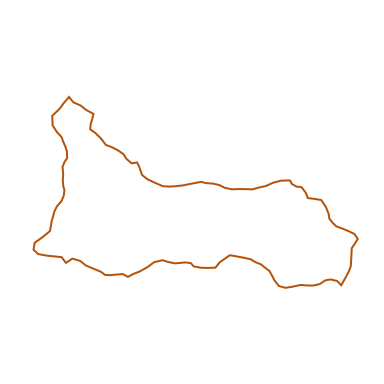 Uru, São Paulo, Brazil, rotated 86°
{"feature_id": "56859067B88945605204641", "entity_name": "Uru", "entity_type": "district", "adm_level": 2, "iso_a3": "BRA", "parent_name": "Brazil", "parent_adm1": "São Paulo", "projection": "natural_earth1", "projection_center": [-49.301, -21.76], "detail": "fine", "context": "isolated", "style": "outline", "palette": "amber", "viewbox_px": 384, "rotation_deg": 86, "n_neighbors": 0, "source": "geoboundaries", "source_scale": "gbopen_adm2", "svg_char_len": 1820}
<svg xmlns="http://www.w3.org/2000/svg" viewBox="0 0 384 384"><g transform="rotate(86 192 192)"><path d="M231.6,352.4L238.5,354.1L243.2,349.8L245.5,340.6L247.9,326.6L253.9,322.7L250.1,316.0L253.0,308.3L257.9,303.0L265.4,288.2L268.6,284.6L269.3,279.3L269.1,274.6L269.1,266.6L272.2,261.9L269.6,256.1L267.8,250.2L264.1,242.1L259.4,234.7L258.0,226.3L260.2,220.5L262.0,213.9L261.8,203.2L262.9,198.1L266.3,195.5L268.1,188.7L268.8,182.5L269.1,173.9L263.9,169.1L257.7,158.6L259.2,152.6L261.3,144.4L263.3,138.0L266.5,133.5L269.1,128.1L272.7,124.3L276.1,120.3L280.6,118.2L285.9,115.9L291.9,111.8L294.1,105.5L293.5,98.6L292.3,90.0L293.2,84.2L293.8,77.7L292.8,71.1L289.4,65.1L288.9,59.7L290.9,53.4L295.4,49.6L289.8,45.9L281.9,40.9L277.2,38.8L272.2,38.1L259.2,36.6L255.6,33.7L250.4,29.9L245.2,32.9L241.7,39.1L238.2,46.2L236.3,50.5L232.7,53.8L228.0,56.9L223.3,57.2L216.5,59.4L209.1,63.5L207.5,69.9L206.1,76.9L201.1,78.3L194.9,82.3L193.8,87.5L191.0,91.7L187.3,93.5L186.9,102.4L188.4,110.4L191.2,118.0L192.3,125.5L193.6,131.7L192.9,137.8L192.3,145.2L192.1,152.1L190.0,159.2L187.1,164.0L185.1,170.4L184.1,177.5L182.5,182.1L183.3,188.9L184.8,201.0L185.1,208.6L185.0,214.4L184.2,220.7L182.1,224.6L179.4,229.9L176.0,235.8L171.6,240.6L163.2,242.9L158.7,244.7L159.2,250.2L154.4,255.1L149.5,257.7L145.5,262.7L142.0,268.3L139.0,274.7L135.4,277.0L132.0,279.3L126.2,284.5L122.4,289.2L117.3,288.4L112.3,286.4L107.2,284.8L102.7,292.0L98.0,297.0L94.2,304.2L88.6,308.0L94.2,313.6L99.7,318.2L106.3,326.1L115.9,326.4L122.6,322.7L128.1,318.3L133.0,316.9L138.2,315.1L142.9,313.9L149.5,314.2L153.0,317.0L157.9,319.4L164.7,319.2L170.5,320.0L177.3,320.0L181.3,319.1L186.7,320.2L191.9,322.8L196.7,327.6L201.7,330.6L206.1,332.1L211.9,334.2L216.5,335.2L221.1,336.5L223.7,340.1L226.9,344.7L231.6,352.4Z" fill="none" stroke="#b45309" stroke-width="2"/></g></svg>